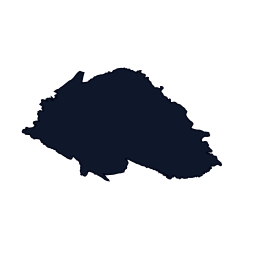 the district of Sephokong, Leribe, Lesotho, rotated 107°
{"feature_id": "5366337B15377139877013", "entity_name": "Sephokong", "entity_type": "district", "adm_level": 2, "iso_a3": "LSO", "parent_name": "Lesotho", "parent_adm1": "Leribe", "projection": "equal_earth", "projection_center": [28.145, -28.812], "detail": "fine", "context": "isolated", "style": "filled", "palette": "ink", "viewbox_px": 256, "rotation_deg": 107, "n_neighbors": 0, "source": "geoboundaries", "source_scale": "gbopen_adm2", "svg_char_len": 5837}
<svg xmlns="http://www.w3.org/2000/svg" viewBox="0 0 256 256"><g transform="rotate(107 128 128)"><path d="M165.7,214.8L164.7,212.8L164.1,209.6L164.5,208.4L165.8,207.3L166.0,206.5L166.7,206.4L166.5,205.3L168.0,203.9L167.8,203.0L167.3,202.7L168.9,200.5L169.5,199.0L169.5,197.4L169.3,196.2L169.7,194.7L169.1,193.8L169.9,192.5L169.7,190.8L169.9,189.8L170.8,189.8L172.1,186.6L172.1,184.0L172.6,182.9L173.4,180.0L173.6,178.7L174.1,177.8L174.3,176.8L174.5,174.0L173.9,173.1L171.7,172.8L171.1,172.2L171.1,171.3L173.4,167.2L173.0,166.5L174.7,164.1L176.3,163.5L176.7,162.3L178.4,161.7L179.8,161.5L181.0,160.9L182.5,161.0L184.3,160.0L185.1,159.2L186.0,159.5L186.4,158.7L185.8,157.7L186.4,156.2L186.4,155.1L185.2,154.3L184.1,153.9L182.1,153.9L181.2,153.5L180.4,152.3L180.5,148.8L180.8,147.0L181.4,146.7L181.5,146.0L181.0,144.4L181.4,143.7L182.3,139.2L183.2,136.3L183.7,135.5L184.1,132.7L183.9,131.1L183.2,131.7L183.0,132.6L181.9,134.7L181.2,135.2L179.9,137.3L179.0,138.0L178.8,135.0L176.2,128.4L173.4,123.8L172.8,122.0L171.1,119.3L168.7,119.3L167.1,117.9L166.2,117.9L165.6,118.4L164.9,118.4L161.5,117.9L160.0,118.9L158.8,121.0L158.0,121.2L158.0,120.0L157.5,118.3L158.1,115.5L158.6,111.8L159.1,109.4L158.9,108.7L159.1,106.4L159.6,103.4L159.3,102.3L159.2,100.5L159.6,99.8L159.8,99.0L160.1,98.6L159.7,98.1L159.4,97.4L159.3,96.6L159.8,94.1L159.3,92.7L159.6,92.0L160.1,91.7L159.6,90.0L160.2,88.2L159.5,87.9L160.2,87.1L160.0,85.9L160.3,86.0L161.1,85.4L160.6,85.1L161.3,84.0L160.9,83.6L161.3,82.5L161.1,82.5L161.1,81.2L161.5,81.3L161.9,80.6L162.3,80.4L161.7,79.4L161.5,79.6L161.6,80.0L161.2,80.1L161.1,79.9L161.8,78.6L162.1,78.6L161.9,79.1L162.2,79.4L162.4,79.4L162.3,79.0L162.5,78.7L161.8,78.1L162.3,77.6L161.7,76.5L162.3,75.5L162.5,75.7L162.3,76.1L162.4,76.7L163.2,76.3L163.4,76.6L163.7,76.5L163.8,75.6L164.2,75.1L163.8,74.3L163.9,74.0L164.3,73.9L164.2,73.0L163.9,72.5L163.2,72.1L161.9,71.8L161.4,70.4L161.1,70.4L160.4,71.2L160.2,70.8L160.2,68.9L160.6,67.8L161.2,67.1L161.2,65.9L160.7,64.6L161.0,64.3L161.2,63.7L160.0,62.7L158.9,62.3L159.6,60.6L159.3,59.0L158.3,56.7L157.5,56.3L157.5,56.1L157.0,55.7L156.9,54.9L157.0,54.2L156.5,53.9L156.5,52.9L156.0,51.7L155.6,51.4L155.3,50.5L154.1,50.0L154.5,48.5L153.7,48.0L153.5,47.3L153.8,45.8L153.0,45.2L151.6,43.5L151.0,43.8L150.3,43.5L149.0,41.8L148.6,41.9L148.4,42.4L148.0,42.7L147.7,42.3L147.4,40.4L146.9,39.9L146.3,40.0L146.0,39.4L146.0,39.0L145.6,38.3L143.8,37.8L142.8,38.5L142.6,38.0L142.8,37.5L142.2,36.7L140.2,37.7L139.3,37.5L139.4,36.2L139.0,34.7L137.0,32.8L136.4,32.0L136.3,30.7L136.7,29.0L136.7,28.3L136.4,28.1L135.7,28.1L134.4,29.1L132.5,33.6L130.0,35.0L129.6,35.6L130.0,38.1L128.7,39.8L128.7,40.5L129.2,41.7L128.8,43.0L129.2,44.6L129.1,45.3L128.9,45.6L128.6,45.5L127.5,44.5L126.2,41.2L125.7,41.1L125.2,41.3L124.7,42.0L124.4,43.0L123.4,44.5L122.9,46.0L122.2,46.4L120.9,46.1L119.8,47.6L118.7,48.3L118.4,48.8L118.5,50.1L119.7,52.4L119.8,52.9L119.2,54.1L117.5,54.5L116.9,55.2L115.6,54.0L114.3,53.4L113.3,52.2L112.5,49.3L111.7,48.1L110.8,48.1L110.4,48.7L109.2,49.4L109.0,50.2L109.3,50.9L109.5,52.9L110.0,53.8L109.4,56.4L109.4,58.8L110.1,61.6L110.3,64.5L110.2,66.7L109.8,67.6L109.0,68.1L105.3,67.2L104.8,67.5L104.2,68.2L103.4,70.3L103.5,70.7L101.5,73.9L100.1,75.7L98.8,76.7L98.2,77.0L95.1,76.8L94.7,77.3L94.5,78.2L93.4,79.2L92.9,80.0L92.2,82.1L90.9,84.9L90.9,87.9L89.9,90.0L90.0,91.3L91.3,94.1L91.1,95.0L88.4,96.1L88.3,96.5L88.9,97.0L89.4,98.2L88.9,99.0L88.3,99.2L87.5,100.1L87.3,102.7L86.8,103.8L85.3,105.1L84.1,107.2L82.6,107.5L81.6,107.2L79.7,106.2L79.1,106.5L78.8,107.1L78.7,107.9L79.0,108.7L80.9,108.0L81.2,108.1L81.4,108.4L81.2,112.0L82.2,114.8L81.1,115.4L79.6,118.3L77.7,119.7L76.7,122.1L75.5,123.1L74.0,123.4L74.0,123.9L74.5,125.1L75.5,126.3L75.2,126.7L74.4,127.2L72.7,127.0L72.2,127.3L72.0,127.8L72.2,130.3L71.9,131.7L70.8,132.5L69.6,132.5L70.1,133.7L70.9,134.5L70.8,134.9L71.0,135.4L71.5,135.8L72.6,135.8L73.0,136.6L72.4,137.9L72.6,138.6L71.9,140.6L72.3,141.2L72.4,142.5L72.0,142.9L72.2,143.7L71.6,144.0L72.3,145.7L71.9,146.7L72.4,147.3L72.2,148.2L72.6,148.0L72.2,149.3L72.9,149.8L72.8,150.2L73.1,150.9L73.0,151.5L74.5,154.9L75.2,155.9L76.6,157.1L77.0,157.9L77.6,158.6L78.7,158.9L79.0,158.7L79.7,159.4L80.4,160.4L80.5,161.6L80.0,161.9L80.5,162.5L80.4,162.9L80.8,162.9L81.2,162.5L81.4,162.7L82.1,164.6L82.1,165.0L83.8,166.4L85.1,168.4L85.2,169.2L87.3,172.7L88.9,173.9L88.9,174.6L89.2,175.0L89.9,175.0L90.3,175.5L91.0,175.8L91.6,175.7L92.2,177.5L93.7,178.2L94.3,178.9L94.7,178.7L95.4,179.3L96.3,180.2L98.0,184.0L98.1,185.7L91.8,186.4L88.1,186.5L88.3,188.0L88.1,190.4L89.3,191.5L91.0,192.4L96.4,194.5L99.3,196.2L100.3,197.6L108.1,202.9L108.8,203.7L110.9,205.0L111.7,205.7L112.2,206.8L113.2,207.8L114.5,208.7L114.8,206.5L116.0,205.3L117.4,206.0L117.8,206.8L118.5,207.2L118.9,206.5L119.2,205.5L119.8,205.1L120.3,206.3L122.4,207.4L121.0,210.1L122.8,209.5L123.5,208.6L123.3,210.1L122.4,211.3L123.2,212.9L123.4,213.8L123.9,213.9L124.3,214.5L124.9,214.5L125.7,213.2L126.1,216.7L125.9,217.7L126.6,218.7L128.7,217.6L131.0,219.0L131.5,217.7L131.5,216.9L132.4,215.1L133.0,214.7L133.4,215.8L133.6,215.6L133.6,215.0L133.9,215.6L134.5,215.8L134.6,215.5L136.1,214.0L136.5,214.1L137.3,215.5L137.2,217.0L137.5,217.5L138.6,218.2L138.7,218.5L140.3,218.0L140.5,218.4L141.4,218.2L141.8,217.4L142.5,216.8L143.1,216.7L143.2,216.4L144.5,216.8L145.1,216.5L145.4,216.6L146.9,215.8L147.1,214.9L147.3,214.8L147.6,216.0L148.2,216.4L148.4,217.6L149.7,219.7L150.0,219.9L151.2,219.6L151.8,218.4L151.9,217.4L152.1,216.9L153.2,217.0L153.4,217.8L154.4,218.0L155.2,218.6L156.1,219.6L156.6,221.1L157.2,222.0L157.4,223.3L157.2,224.1L157.3,225.3L158.1,225.7L158.7,224.7L159.7,224.7L159.9,224.9L159.8,226.3L160.2,227.4L160.7,227.7L162.1,227.9L163.0,227.3L162.8,225.2L163.5,224.5L163.7,223.9L162.9,220.6L162.9,219.6L163.2,219.1L164.6,218.1L165.2,216.6L165.0,215.7L165.7,214.8Z" fill="#0f172a" stroke="#020617" stroke-width="1.5"/></g></svg>